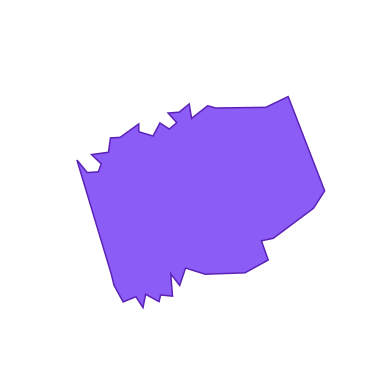 Nicholas, Kentucky, United States of America, rotated 118°
{"feature_id": "52423323B57180370688472", "entity_name": "Nicholas", "entity_type": "district", "adm_level": 2, "iso_a3": "USA", "parent_name": "United States of America", "parent_adm1": "Kentucky", "projection": "robinson", "projection_center": [-83.996, 38.326], "detail": "fine", "context": "isolated", "style": "filled", "palette": "violet", "viewbox_px": 384, "rotation_deg": 118, "n_neighbors": 0, "source": "geoboundaries", "source_scale": "gbopen_adm2", "svg_char_len": 668}
<svg xmlns="http://www.w3.org/2000/svg" viewBox="0 0 384 384"><g transform="rotate(118 192 192)"><path d="M216.3,92.8L202.5,107.8L194.7,98.5L149.3,77.1L128.7,75.4L62.6,151.9L82.6,166.6L106.7,210.5L108.5,218.7L127.2,226.9L115.6,235.8L127.5,240.8L133.5,250.2L138.0,238.0L147.1,241.6L146.1,252.7L160.9,252.7L163.8,267.3L156.9,271.0L177.5,281.1L182.5,289.4L196.1,284.4L206.1,298.3L209.8,285.3L218.2,284.2L224.0,293.6L217.8,308.6L301.9,225.2L310.9,217.1L321.4,201.2L310.8,192.4L317.1,181.0L304.1,184.9L304.3,169.6L297.7,171.4L293.1,160.3L274.3,172.3L280.3,159.0L262.2,162.0L258.4,141.8L238.5,107.3L216.3,92.8Z" fill="#8b5cf6" stroke="#5b21b6" stroke-width="1.5"/></g></svg>